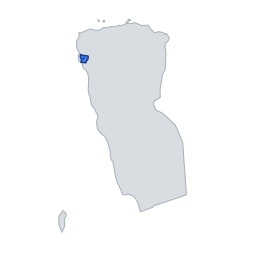 location of Tuban, Lahij, Yemen, rotated 94°
{"feature_id": "15242507B16919721159288", "entity_name": "Tuban", "entity_type": "district", "adm_level": 2, "iso_a3": "YEM", "parent_name": "Yemen", "parent_adm1": "Lahij", "projection": "mercator", "projection_center": [44.806, 13.084], "detail": "fine", "context": "in_parent", "style": "filled", "palette": "blue", "viewbox_px": 256, "rotation_deg": 94, "n_neighbors": 0, "source": "geoboundaries", "source_scale": "gbopen_adm2", "svg_char_len": 3642}
<svg xmlns="http://www.w3.org/2000/svg" viewBox="0 0 256 256"><g transform="rotate(94 128 128)"><path d="M210.7,109.8L201.5,113.2L199.1,114.7L196.9,116.5L195.3,118.8L194.1,122.9L195.0,126.6L194.9,128.6L192.5,129.9L190.3,130.8L187.9,132.2L186.4,132.6L185.2,133.8L183.8,134.6L178.7,136.6L173.1,138.2L164.2,140.2L160.8,142.3L157.7,143.7L153.0,144.1L146.5,146.1L142.9,147.7L138.4,150.3L137.4,151.1L136.6,153.0L135.2,154.6L132.5,157.3L130.5,158.7L129.2,158.8L126.5,159.5L123.4,159.7L118.2,158.7L116.9,159.4L115.8,160.4L111.7,162.3L107.6,165.9L104.6,166.9L99.8,168.1L96.4,169.6L94.1,170.2L91.2,170.5L85.8,170.4L80.6,170.9L75.9,172.0L73.6,173.9L71.1,177.0L66.9,178.3L65.9,179.4L64.7,181.7L62.0,182.3L59.5,182.7L57.0,181.7L52.3,184.4L50.5,184.9L47.8,185.0L45.9,185.6L44.5,185.4L42.8,184.3L39.2,183.0L36.5,183.9L36.3,181.3L31.9,173.3L32.8,166.4L32.8,165.4L31.9,162.3L29.3,159.4L29.4,155.8L28.5,153.2L27.8,150.6L28.0,149.9L28.1,149.2L26.7,145.1L26.3,144.3L26.1,143.5L26.5,142.8L26.5,142.0L25.8,140.8L25.0,138.4L21.5,136.5L22.2,134.8L22.9,135.4L23.8,135.9L24.0,134.8L24.0,133.9L22.5,128.6L24.8,121.5L24.0,115.0L27.4,112.4L28.3,111.7L28.8,111.0L29.6,109.5L30.7,109.0L31.0,107.5L31.0,106.7L30.3,106.0L29.8,104.2L30.0,101.9L30.1,101.0L30.5,99.2L31.7,98.6L32.0,98.1L31.0,97.0L31.1,96.3L33.2,94.5L33.9,93.9L35.3,93.3L36.3,93.3L37.5,93.7L38.5,94.2L39.5,95.1L40.6,96.2L42.3,96.6L43.4,96.5L44.3,97.0L45.1,96.7L46.0,96.2L47.4,96.2L48.6,95.6L52.2,95.3L55.7,95.5L59.4,94.9L63.0,95.0L66.6,95.0L67.5,95.1L68.2,95.4L71.3,97.1L73.7,97.4L78.4,97.8L83.4,98.3L87.7,98.7L91.4,98.4L94.5,98.0L95.3,98.1L96.2,99.1L98.1,101.6L99.8,104.0L102.8,104.1L104.8,103.2L106.9,102.0L108.3,101.0L109.8,97.1L110.8,94.6L113.0,91.8L114.9,89.4L117.4,86.3L118.8,84.6L121.5,81.1L124.1,79.8L129.1,77.2L134.1,74.7L137.3,73.0L140.0,72.2L144.6,71.6L150.0,70.8L155.4,70.1L161.1,69.2L167.5,68.3L171.9,67.7L177.5,66.9L182.2,66.2L186.3,65.7L190.5,65.1L191.4,67.0L192.2,68.9L193.0,70.8L193.8,72.7L194.6,74.6L195.4,76.5L196.2,78.4L197.0,80.3L197.8,82.3L198.6,84.2L199.4,86.1L200.2,88.0L201.0,89.9L201.8,91.8L202.6,93.7L203.4,95.6L204.2,97.4L205.5,98.0L206.2,99.8L207.4,102.3L208.5,104.8L209.6,107.3L210.7,109.8ZM222.9,185.0L224.1,185.3L225.8,184.6L230.6,184.5L236.5,186.6L235.4,187.1L234.7,187.9L232.2,188.6L229.6,190.2L222.1,190.9L220.0,190.5L218.2,189.0L214.8,187.0L216.1,185.7L216.4,185.1L216.9,184.5L218.8,183.6L220.7,183.7L222.9,185.0ZM23.8,160.2L23.6,160.6L23.2,160.5L22.1,159.5L23.4,158.4L24.0,159.4L23.8,160.2ZM20.2,135.2L19.7,135.6L19.5,134.9L19.9,133.2L20.5,132.8L20.9,134.0L20.6,134.6L20.2,135.2ZM23.2,165.2L22.0,165.7L22.9,164.2L23.7,163.9L23.9,164.0L23.2,165.2Z" fill="#d9dde1" stroke="#a8b0b8" stroke-width="1"/><path d="M65.7,179.5L65.7,179.1L65.7,178.6L65.7,178.2L65.8,176.6L65.9,174.8L65.6,174.7L65.4,174.6L65.2,174.6L64.9,174.4L64.6,174.3L64.4,174.2L64.2,174.1L63.9,174.0L63.8,173.9L63.7,173.8L63.6,173.7L63.3,173.6L63.2,173.6L63.0,173.4L62.9,173.3L62.8,173.2L62.7,173.1L62.3,173.0L61.8,172.8L61.0,172.7L60.1,172.7L59.7,172.7L59.4,172.7L59.1,172.9L59.0,173.1L58.9,173.8L58.9,174.1L58.9,174.8L58.8,175.2L58.8,175.3L58.9,175.5L58.8,175.8L58.8,176.0L58.8,176.3L58.8,176.5L58.8,176.8L58.8,177.0L58.8,177.3L58.7,177.4L58.7,177.5L58.7,177.8L58.7,178.0L58.6,178.3L58.6,178.5L58.5,178.8L58.5,179.0L58.4,179.2L58.4,179.3L58.4,179.5L58.3,179.8L58.3,180.0L58.2,180.0L58.2,180.3L58.1,180.5L60.6,180.5L60.8,180.5L61.8,179.8L62.1,179.7L62.9,179.3L63.0,179.3L63.1,179.2L63.3,179.2L63.8,179.3L64.3,179.3L64.7,179.3L65.2,179.4L65.5,179.4L65.6,179.5L65.7,179.5ZM61.5,177.3L61.5,176.9L61.9,176.9L62.0,177.0L61.9,177.4L61.7,177.4L61.5,177.3Z" fill="#3b82f6" stroke="#1e3a8a" stroke-width="1.5"/></g></svg>